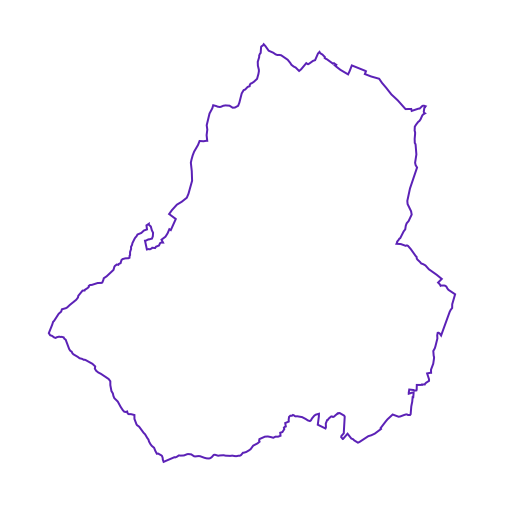 Mesesenii De Jos, Salaj, Romania, rotated 94°
{"feature_id": "2599482B79196905607630", "entity_name": "Mesesenii De Jos", "entity_type": "district", "adm_level": 2, "iso_a3": "ROU", "parent_name": "Romania", "parent_adm1": "Salaj", "projection": "robinson", "projection_center": [22.986, 47.138], "detail": "fine", "context": "isolated", "style": "outline", "palette": "violet", "viewbox_px": 512, "rotation_deg": 94, "n_neighbors": 0, "source": "geoboundaries", "source_scale": "gbopen_adm2", "svg_char_len": 6001}
<svg xmlns="http://www.w3.org/2000/svg" viewBox="0 0 512 512"><g transform="rotate(94 256 256)"><path d="M384.3,402.6L389.0,394.4L391.1,392.6L395.0,392.3L400.8,390.8L403.1,389.2L405.5,388.5L407.7,387.4L410.9,383.7L415.8,380.6L419.1,378.1L420.5,376.6L420.7,375.0L420.1,373.7L421.8,373.1L422.6,372.2L422.5,369.6L423.1,366.2L427.0,365.9L432.4,363.4L433.1,362.8L434.4,360.7L440.2,355.8L441.6,354.2L445.1,351.8L446.6,350.5L448.5,349.8L451.0,348.2L452.7,346.7L454.4,344.3L457.5,342.8L460.2,341.1L459.9,339.9L461.5,336.5L462.1,335.8L464.0,335.0L465.5,334.8L467.8,333.8L462.9,324.3L462.4,323.4L462.6,322.7L461.9,321.1L460.3,319.0L460.4,317.4L460.0,314.0L458.5,310.8L458.3,309.8L458.4,306.8L460.1,303.8L460.2,302.7L459.6,299.5L459.6,297.9L460.9,293.4L461.3,291.2L461.3,289.4L461.1,288.1L460.7,287.3L459.7,286.1L457.5,284.4L457.2,283.8L457.2,282.7L457.9,279.8L457.5,278.2L457.0,274.4L457.3,272.5L457.2,267.8L456.8,265.7L457.1,263.0L457.0,261.3L456.5,259.7L456.4,258.3L455.7,257.1L453.2,255.3L453.0,254.2L452.2,252.1L450.5,249.6L449.1,247.9L445.4,245.6L442.8,241.4L441.0,239.5L439.9,240.0L438.4,239.8L435.6,234.5L435.2,231.6L435.6,228.5L436.1,226.1L434.9,224.0L434.7,221.4L433.6,219.0L430.6,219.5L429.8,217.4L426.7,215.7L425.4,216.2L424.6,215.6L424.0,214.4L420.6,215.2L418.9,211.8L416.9,212.0L414.2,211.8L412.9,210.6L412.9,209.1L412.0,208.1L412.3,207.1L412.9,206.3L413.2,205.5L413.0,203.6L413.5,198.8L415.1,195.1L416.4,192.8L416.9,190.7L416.2,189.8L414.1,188.8L411.2,186.7L410.1,185.3L409.0,182.2L411.8,182.1L420.0,182.6L423.2,174.7L422.0,174.3L418.2,174.7L414.7,173.6L414.4,172.8L413.2,172.2L410.9,169.9L410.7,169.1L411.1,168.5L411.2,167.9L410.7,166.9L408.9,165.2L407.8,163.8L407.6,163.9L407.1,163.4L407.0,163.1L407.3,162.8L406.8,161.6L409.1,156.9L410.1,156.3L426.8,156.1L429.5,158.2L430.7,158.4L432.5,156.7L432.4,156.4L426.9,152.3L431.4,148.2L432.1,146.2L433.0,145.3L435.1,141.3L434.3,139.8L427.9,131.4L426.8,128.5L424.9,125.1L419.8,119.2L419.0,119.7L411.9,115.0L409.7,113.4L404.6,108.6L406.4,102.5L406.0,100.9L404.3,97.2L403.6,95.4L403.5,94.4L404.0,93.3L403.9,91.3L403.0,90.7L395.1,90.6L390.5,90.0L385.9,89.9L385.9,89.3L381.5,89.2L381.1,89.3L381.5,91.0L382.7,94.0L381.7,94.1L378.5,93.8L378.7,89.5L379.2,88.3L378.9,86.6L378.1,86.4L373.4,86.6L373.0,81.4L372.6,81.4L372.4,78.7L371.9,78.6L370.6,77.5L368.5,74.7L366.9,74.8L361.2,77.1L360.4,74.2L360.3,73.2L357.2,73.5L351.2,71.7L346.2,71.3L344.5,71.3L343.1,71.8L338.4,72.5L335.6,71.2L333.5,70.7L325.6,69.3L322.5,69.7L320.0,69.4L319.8,68.5L320.5,67.3L322.4,65.8L298.2,58.9L296.1,58.0L294.2,56.7L290.4,56.9L280.3,54.7L276.3,61.7L275.1,62.8L273.2,64.0L272.5,65.2L272.3,66.3L272.5,68.7L272.5,69.4L272.8,69.8L271.5,70.6L269.8,72.5L265.9,69.1L262.1,74.5L257.2,82.6L253.6,86.3L252.5,88.6L251.9,90.7L250.5,92.0L248.3,94.7L247.4,95.4L245.6,95.8L245.0,96.6L238.3,102.1L235.3,105.1L234.9,106.2L235.4,107.4L234.0,112.3L234.0,116.7L232.6,116.2L231.8,116.2L230.2,115.0L228.7,114.2L228.2,113.4L221.1,110.4L219.0,109.0L215.4,108.7L212.9,108.0L210.5,106.2L203.8,103.6L200.6,104.4L193.6,108.4L190.5,108.9L177.9,107.1L156.5,101.5L154.2,103.1L151.9,103.8L143.5,103.1L134.2,104.5L133.3,104.7L132.1,105.5L128.1,105.9L123.2,105.8L121.6,105.9L119.8,106.5L115.9,106.6L113.8,105.5L110.8,103.5L110.0,102.5L108.2,101.4L104.1,99.9L103.0,99.0L101.9,97.4L101.4,98.3L100.4,98.7L96.4,98.4L95.8,97.7L95.3,97.7L94.8,97.3L94.4,98.8L94.5,100.1L94.9,100.7L97.5,103.0L97.7,104.3L100.4,110.8L98.5,111.4L99.0,117.1L90.9,125.4L85.4,132.2L79.2,137.8L74.5,142.4L70.6,145.5L68.9,153.6L66.9,160.1L64.0,159.2L63.6,160.1L59.2,173.7L65.3,175.6L68.4,176.8L64.4,184.8L61.6,189.0L60.6,190.3L60.4,189.6L59.7,189.2L58.6,191.1L58.2,191.7L58.8,192.6L54.8,199.0L54.4,200.1L53.7,201.3L52.7,201.2L50.3,203.9L49.9,204.9L48.9,206.4L48.0,206.9L49.7,208.3L56.5,210.7L57.4,212.8L60.1,216.0L61.0,217.3L61.0,217.8L60.1,219.3L66.6,224.0L68.4,225.9L65.2,229.6L64.4,231.6L62.8,234.0L61.0,235.3L58.0,238.1L54.0,244.9L53.8,246.8L54.0,248.7L53.5,250.5L52.0,253.0L50.3,257.7L45.9,261.3L44.2,263.1L45.5,263.8L46.5,265.2L47.1,265.5L53.1,265.5L54.0,266.2L55.8,266.8L57.4,266.7L62.2,267.8L66.0,267.4L69.8,266.2L71.4,266.0L74.3,266.3L79.2,267.3L82.4,270.3L83.8,272.1L84.5,273.5L85.7,274.1L87.1,274.2L87.9,276.1L90.7,278.4L91.4,279.9L94.8,281.6L104.2,283.3L107.4,284.3L109.4,287.4L109.7,289.6L107.9,292.9L107.9,296.9L108.4,299.1L109.6,301.4L109.9,302.5L109.7,304.7L109.2,306.1L108.6,309.2L111.7,309.9L117.1,312.3L129.0,314.3L133.3,313.4L138.9,313.7L144.5,312.7L144.6,313.9L145.2,316.4L145.2,320.3L149.3,321.6L156.2,325.0L160.1,326.2L164.5,327.1L167.5,327.5L175.8,326.0L185.4,325.0L198.6,327.7L202.7,329.1L207.1,333.9L210.3,338.5L216.0,343.0L220.2,345.6L224.7,338.6L236.1,342.8L235.3,344.3L239.6,345.8L243.1,347.7L246.3,351.4L249.1,349.7L249.2,351.5L249.9,352.6L252.3,353.5L253.7,356.4L255.1,357.2L255.0,360.1L255.7,360.6L256.7,362.3L256.6,363.8L257.1,365.3L248.5,367.8L248.3,366.8L246.9,364.5L247.0,364.1L245.9,361.0L243.6,360.3L240.0,360.3L237.6,361.7L233.9,363.0L232.2,365.2L231.4,365.2L233.1,367.4L237.1,366.6L238.4,369.6L241.0,372.0L242.8,375.7L244.9,376.7L245.9,377.6L247.2,378.3L251.8,380.2L253.5,380.4L255.6,381.3L257.7,381.1L260.8,381.9L263.9,381.7L264.5,382.1L266.6,382.1L267.2,383.3L267.4,386.0L268.4,388.9L269.4,389.9L272.6,390.6L273.5,392.3L274.4,392.7L274.2,394.3L275.8,396.1L276.5,396.5L279.8,397.2L286.7,403.6L288.8,406.3L290.5,406.6L293.2,407.5L293.6,408.2L294.0,412.1L296.3,417.8L296.5,419.5L297.5,420.7L298.4,420.6L299.7,421.7L301.7,424.4L302.4,424.6L302.6,426.6L308.1,430.5L309.8,430.7L312.2,432.3L317.6,438.1L320.5,440.8L321.3,442.0L322.7,445.9L325.1,446.5L327.4,448.8L334.8,452.9L335.8,453.8L338.7,454.5L347.4,457.3L349.4,455.8L349.9,453.9L351.3,451.7L351.7,450.2L350.9,449.0L350.2,446.8L350.4,445.4L350.2,444.3L350.6,442.2L351.8,441.5L352.8,440.0L361.8,435.9L363.3,434.8L363.9,434.0L364.3,433.2L365.8,432.4L366.8,431.3L369.1,426.7L370.3,424.9L370.7,422.5L371.6,420.4L371.4,419.7L371.7,418.7L375.0,411.6L377.4,408.7L379.6,408.9L381.6,407.5L383.2,405.2L384.3,402.6Z" fill="none" stroke="#5b21b6" stroke-width="2"/></g></svg>